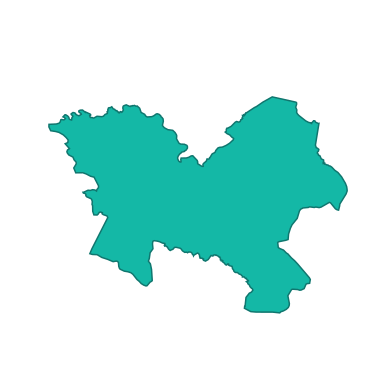 outline of Boulgou, Boulgou, Burkina Faso, rotated 100°
{"feature_id": "67063806B79770817740465", "entity_name": "Boulgou", "entity_type": "district", "adm_level": 2, "iso_a3": "BFA", "parent_name": "Burkina Faso", "parent_adm1": "Boulgou", "projection": "natural_earth1", "projection_center": [-0.458, 11.461], "detail": "fine", "context": "isolated", "style": "filled", "palette": "teal", "viewbox_px": 384, "rotation_deg": 100, "n_neighbors": 0, "source": "geoboundaries", "source_scale": "gbopen_adm2", "svg_char_len": 6058}
<svg xmlns="http://www.w3.org/2000/svg" viewBox="0 0 384 384"><g transform="rotate(100 192 192)"><path d="M261.5,60.3L257.6,60.3L256.0,61.6L244.5,75.5L241.8,79.1L239.6,82.7L236.2,87.0L235.8,88.3L233.3,91.8L232.4,95.8L231.7,97.4L227.0,98.8L226.4,98.5L225.8,97.7L223.3,91.3L222.1,89.1L216.6,89.6L210.6,88.8L206.9,87.8L199.7,83.8L192.1,82.9L190.2,82.1L188.4,79.8L187.0,74.7L186.2,73.7L186.0,68.9L185.3,67.5L185.3,64.1L184.5,62.3L178.4,55.0L178.6,53.7L183.7,47.8L184.3,46.1L184.4,44.5L180.5,44.2L178.1,44.3L167.1,39.9L164.0,39.4L162.3,39.8L159.9,40.6L156.9,42.4L151.1,47.3L147.5,51.6L145.8,55.2L143.4,58.4L142.5,60.2L142.4,61.8L141.8,62.8L141.9,64.1L141.4,65.4L141.5,66.2L141.0,66.3L141.1,67.3L140.4,66.8L140.3,67.9L139.9,68.0L139.4,67.5L137.6,68.0L136.9,70.5L134.7,71.9L134.0,72.5L133.9,73.7L133.0,74.1L131.9,75.4L130.7,75.3L129.8,74.6L128.0,74.5L127.1,76.0L126.8,77.3L124.4,78.6L102.4,78.9L102.6,79.4L101.8,82.4L100.6,83.4L100.7,84.6L102.8,85.8L103.0,86.4L103.8,86.2L103.8,86.6L103.3,86.9L103.2,89.3L102.2,92.4L98.1,100.0L97.0,101.5L95.5,102.8L93.0,103.0L90.5,104.6L87.4,104.2L86.0,104.5L85.5,105.2L84.4,129.5L90.9,137.5L96.7,143.4L98.0,145.2L104.7,152.3L104.7,152.7L105.3,152.7L106.0,153.4L106.5,153.1L107.1,153.5L106.9,154.6L107.3,154.8L107.8,154.4L107.9,155.5L108.7,155.0L109.9,155.5L110.8,154.9L111.3,155.6L111.8,155.5L112.4,156.5L114.2,156.8L115.1,158.0L114.8,160.3L115.7,161.5L120.5,164.8L123.0,168.0L123.0,168.6L124.2,169.1L126.3,168.8L127.2,169.7L128.5,167.5L129.2,164.8L131.0,162.4L132.0,160.3L133.4,160.4L137.5,163.5L140.2,166.5L142.5,169.9L143.3,172.8L144.1,174.1L146.8,175.7L149.1,176.3L150.8,178.6L151.4,179.0L154.5,180.1L155.2,180.7L156.1,180.6L156.8,181.6L156.8,182.9L159.1,183.3L162.0,185.7L163.1,186.0L164.7,185.4L164.9,185.6L165.0,186.8L163.2,191.2L162.3,191.6L161.6,191.5L160.0,192.4L156.2,197.5L156.6,199.1L158.3,201.1L159.5,203.5L160.5,208.6L161.8,208.7L164.2,208.0L164.6,208.9L164.0,210.3L162.0,211.8L160.5,212.1L158.9,211.8L156.4,210.6L156.1,210.0L154.5,209.0L153.3,206.4L152.8,206.4L151.7,205.0L149.5,204.1L147.7,204.5L146.9,205.3L146.3,207.9L146.8,211.5L146.2,213.3L142.3,216.5L139.3,216.8L138.3,217.3L136.3,219.1L134.6,221.7L134.8,226.6L133.5,230.5L131.8,232.5L131.3,232.7L127.3,232.5L125.0,233.2L123.7,234.6L123.3,235.5L122.3,236.1L121.2,238.0L121.0,239.8L121.4,240.8L123.7,243.0L124.8,244.7L125.9,249.1L125.2,250.8L123.7,252.1L122.5,255.9L118.6,258.1L116.8,261.0L117.3,262.0L116.7,263.7L117.4,265.2L117.3,265.8L117.8,266.1L117.8,266.9L118.4,267.3L118.2,267.8L118.5,268.4L117.6,271.9L118.5,273.5L119.2,274.5L120.3,274.8L121.7,274.6L123.1,273.9L124.3,274.2L125.7,275.0L125.2,276.1L125.4,276.7L126.3,276.9L126.7,277.4L126.6,278.1L126.0,278.4L125.7,279.6L124.9,280.0L125.0,281.4L124.0,282.5L123.8,284.0L122.0,285.8L123.1,287.1L123.4,288.4L123.8,288.9L125.5,289.2L126.7,288.9L127.9,289.6L128.5,289.0L129.4,289.0L130.7,291.1L132.8,292.4L133.5,294.0L133.9,298.7L136.1,301.4L136.3,302.1L136.0,303.3L136.3,304.7L135.9,305.4L134.6,306.0L134.3,305.2L133.3,305.3L132.9,306.0L131.9,309.9L132.1,310.4L131.7,310.7L132.0,311.0L130.3,314.0L130.8,316.3L131.7,317.5L132.3,317.5L133.2,316.9L133.9,315.0L134.7,314.5L136.6,316.6L136.1,319.0L135.7,319.9L134.8,320.4L134.4,321.7L134.4,323.0L136.0,324.6L136.7,324.4L137.7,322.7L138.4,322.5L139.4,323.1L142.0,323.1L141.9,324.5L141.3,325.7L139.8,326.3L138.7,327.7L137.9,329.7L138.0,330.5L140.4,332.1L140.8,330.5L141.7,329.4L143.0,330.4L143.3,331.1L143.2,333.0L143.6,333.7L145.9,334.0L147.2,334.7L148.6,337.4L150.2,344.6L152.8,344.2L156.2,341.8L156.1,336.8L156.4,333.3L158.1,328.6L160.2,325.4L162.3,323.0L164.9,322.9L166.5,325.3L170.6,320.2L172.2,321.9L174.1,322.2L175.3,321.5L176.9,319.8L178.3,315.3L180.8,313.7L182.7,311.3L184.4,310.9L188.9,312.6L193.3,309.8L192.0,302.9L192.6,299.3L194.1,294.6L194.4,291.0L202.2,285.1L203.9,284.9L206.2,286.1L207.6,286.2L206.9,287.9L207.0,290.3L208.1,292.4L208.3,294.7L211.0,298.6L211.2,299.3L211.9,298.8L212.1,297.0L212.7,296.1L214.1,295.9L215.0,294.9L216.1,290.4L216.8,289.5L218.8,288.5L221.6,288.3L222.8,287.5L228.3,286.4L231.6,284.6L231.1,281.4L230.1,280.6L228.2,279.8L227.6,278.6L227.9,276.7L229.0,276.8L229.7,275.4L230.3,271.6L231.8,270.5L265.3,280.7L270.5,281.9L270.8,279.3L270.2,274.5L272.1,269.5L273.0,263.2L274.3,257.6L273.2,254.6L273.3,253.3L274.2,252.2L278.0,251.2L279.8,250.2L280.5,249.4L281.7,245.0L281.7,241.1L282.1,238.2L283.3,235.9L287.7,231.0L289.2,228.4L291.0,226.1L292.1,223.3L292.5,221.0L292.1,220.0L288.0,217.6L286.8,216.1L286.0,215.8L275.3,218.4L270.0,220.5L267.7,222.9L264.9,222.5L259.1,222.7L254.7,220.6L249.9,221.9L247.5,222.0L246.8,221.4L246.5,220.7L246.4,217.8L246.6,215.2L247.4,212.3L247.4,209.8L248.1,209.6L249.3,210.0L249.8,209.7L250.0,209.5L249.4,208.8L250.1,207.8L250.3,206.9L252.3,205.2L253.3,203.6L253.3,203.0L252.6,202.4L251.8,200.9L249.6,199.6L249.2,198.1L249.4,194.0L250.0,192.8L251.6,191.2L252.7,188.7L252.2,186.9L252.6,185.8L251.7,185.0L251.4,182.8L252.2,181.4L253.5,180.6L253.7,179.8L254.6,179.4L253.8,179.1L251.1,175.9L251.5,174.9L252.6,173.8L254.8,173.1L255.0,172.5L255.7,172.5L255.5,170.0L256.0,169.0L256.6,169.4L257.3,168.7L257.7,166.7L255.7,164.3L251.2,162.2L251.5,160.8L251.0,159.8L250.5,160.0L249.9,158.6L250.2,157.5L249.9,157.3L251.2,153.5L251.6,153.7L252.1,152.6L253.8,152.3L253.8,151.9L254.7,151.4L254.7,151.1L254.0,151.2L254.2,149.8L255.4,149.8L256.5,147.7L257.6,146.6L258.0,145.6L256.6,144.3L256.5,143.6L256.7,143.3L257.5,143.5L258.0,142.3L258.3,139.6L260.5,138.8L261.6,137.5L262.5,137.2L263.5,135.9L263.7,135.0L263.4,133.3L264.6,131.3L264.8,129.7L266.5,127.3L266.9,127.4L266.6,125.7L267.5,124.8L267.9,124.1L267.6,123.5L268.9,122.5L269.4,121.1L269.7,121.0L270.9,122.8L271.4,121.6L272.7,121.0L273.6,119.4L275.2,118.4L276.4,116.8L276.8,115.8L278.0,115.0L280.2,116.0L281.7,118.0L286.4,120.5L295.3,119.9L295.3,120.3L297.4,120.2L299.6,113.3L299.1,107.9L296.3,91.9L295.8,84.6L294.6,83.8L293.2,81.3L291.2,78.8L289.0,77.1L287.0,76.6L285.1,76.7L277.5,79.6L271.0,77.1L270.4,76.5L270.2,75.6L269.7,71.0L270.0,68.9L269.6,67.5L267.7,64.8L263.0,63.7L262.3,62.8L261.5,60.3Z" fill="#14b8a6" stroke="#0f766e" stroke-width="1.5"/></g></svg>